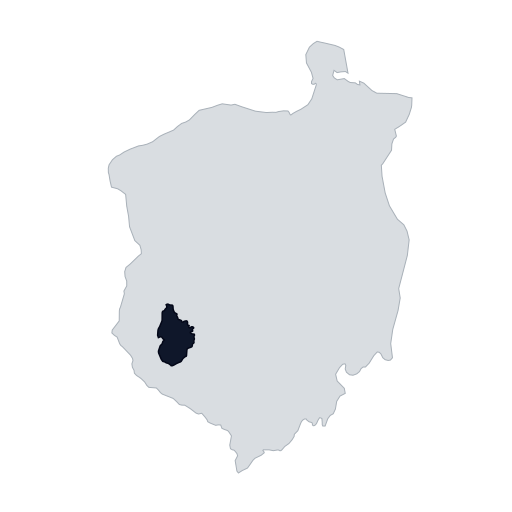 Salaj highlighted on a map of Romania, rotated 273°
{"feature_id": "ROU-300", "entity_name": "Salaj", "entity_type": "County", "adm_level": 1, "iso_a3": "ROU", "parent_name": "Romania", "parent_adm1": "", "projection": "mercator", "projection_center": [23.232, 47.144], "detail": "fine", "context": "in_parent", "style": "filled", "palette": "ink", "viewbox_px": 512, "rotation_deg": 273, "n_neighbors": 0, "source": "natural_earth", "source_scale": "10m", "svg_char_len": 5512}
<svg xmlns="http://www.w3.org/2000/svg" viewBox="0 0 512 512"><g transform="rotate(273 256 256)"><path d="M404.9,293.2L409.8,299.9L415.9,303.5L430.2,307.3L431.4,306.9L431.6,306.2L430.6,305.2L430.4,303.9L431.1,302.4L433.1,302.3L436.3,303.7L442.4,301.7L451.4,296.3L459.7,295.2L467.3,298.4L471.1,302.1L473.6,305.7L472.8,310.0L472.4,312.7L470.4,323.9L469.0,328.1L466.8,332.8L443.4,338.3L444.9,335.7L444.3,331.0L443.4,327.4L445.5,324.2L440.3,323.1L438.0,324.8L436.2,327.9L437.8,334.9L435.2,338.8L434.2,341.0L434.1,346.1L432.6,348.4L432.3,350.8L436.0,350.1L434.3,354.6L427.3,363.1L424.9,368.1L425.5,388.1L422.3,400.0L422.1,403.5L414.6,403.6L412.4,403.4L405.4,401.6L397.5,398.4L392.8,392.3L389.8,387.9L383.1,389.9L381.9,389.3L380.0,387.2L375.0,385.8L368.7,385.8L354.7,377.7L353.2,376.4L342.2,377.7L325.7,381.7L313.1,386.6L300.1,395.3L294.9,402.0L288.8,405.5L280.1,408.1L264.5,407.1L248.4,403.8L231.0,400.2L221.6,402.2L209.0,400.7L189.8,396.4L175.6,395.1L161.5,397.6L159.1,395.7L158.6,393.5L159.2,390.4L161.1,387.9L164.6,386.0L166.3,384.1L166.5,382.1L162.7,378.9L154.9,374.6L151.7,371.8L150.9,371.2L150.7,368.7L149.0,366.8L146.0,365.4L143.6,362.8L142.0,359.1L142.3,355.6L144.7,352.4L147.8,351.0L151.5,351.4L153.0,350.5L152.4,348.2L148.8,345.2L142.1,341.7L135.4,343.6L128.5,351.1L123.5,352.3L120.5,347.2L115.1,344.2L107.3,343.3L102.5,341.4L100.7,338.5L97.3,336.2L89.8,333.9L89.7,331.6L90.9,331.0L93.6,330.8L97.2,330.3L97.7,329.0L97.8,327.9L95.0,326.4L92.1,325.3L90.6,324.3L89.7,323.2L89.5,322.0L90.3,321.2L91.5,321.1L92.6,320.5L93.2,317.7L94.8,315.4L95.9,314.6L95.8,313.0L94.7,311.4L93.1,310.1L90.8,309.2L83.7,306.9L80.0,303.6L77.8,303.5L74.3,301.6L70.6,298.8L67.3,294.7L63.8,292.0L62.9,291.0L62.8,289.9L63.4,288.8L63.4,287.5L62.5,283.5L63.1,279.3L62.9,275.3L62.9,273.5L62.2,273.0L61.6,273.6L60.7,274.3L59.9,274.5L57.3,271.6L54.0,265.6L51.8,263.6L47.4,260.9L43.8,258.6L41.1,253.6L38.4,249.8L40.2,248.2L50.6,245.9L55.5,248.1L57.7,247.3L59.8,245.5L61.0,244.1L61.2,242.6L62.2,240.6L65.8,239.7L75.1,240.9L78.8,238.2L80.2,236.8L81.1,233.6L82.1,231.0L85.4,229.6L85.4,227.2L84.8,224.6L86.8,218.9L88.0,216.5L89.9,215.7L92.2,213.8L96.1,210.1L95.2,206.8L96.0,204.3L100.1,198.4L103.3,192.6L103.2,189.7L103.7,187.2L106.4,184.4L109.4,180.8L113.2,169.6L114.6,167.7L117.1,165.5L119.0,163.4L119.2,155.9L121.0,153.8L124.4,151.4L127.7,147.5L130.5,142.9L132.6,140.7L135.4,140.2L138.4,138.4L141.8,137.7L145.1,138.6L147.2,138.1L150.4,135.9L158.4,127.4L159.6,125.7L161.2,124.5L167.7,121.6L169.4,118.7L171.6,116.1L174.5,116.3L184.0,122.8L194.1,122.4L196.0,122.6L196.6,122.8L197.8,123.3L211.3,126.5L213.4,126.1L214.0,125.9L219.4,128.5L224.2,128.2L228.7,126.3L233.5,125.7L237.8,126.8L241.2,130.6L249.7,138.5L252.3,141.4L256.2,141.0L260.6,139.5L265.0,134.2L278.6,128.2L288.9,126.7L299.0,124.3L310.7,122.6L314.1,117.7L315.9,114.3L317.2,108.1L323.5,106.3L329.5,105.0L331.7,104.2L336.0,103.9L339.4,104.5L344.6,107.6L348.3,111.4L349.7,114.5L352.9,118.8L356.2,124.9L359.8,133.0L360.6,137.0L362.0,141.4L364.7,146.8L369.8,152.7L370.6,153.8L372.9,157.9L377.4,167.1L381.2,170.8L384.5,174.8L386.1,178.8L388.4,182.4L394.0,187.3L398.5,191.6L402.1,204.2L404.6,209.9L406.2,214.3L405.4,223.2L406.4,227.0L404.3,233.9L400.6,247.8L399.8,258.8L400.4,264.7L400.5,268.5L401.4,270.9L402.4,275.9L402.5,280.3L401.2,281.5L399.3,282.5L398.6,283.4L400.3,285.4L402.6,289.0L404.9,293.2Z" fill="#d9dde1" stroke="#a8b0b8" stroke-width="1"/><path d="M202.6,168.8L203.3,169.8L203.3,170.3L203.3,170.8L203.0,171.4L202.7,172.2L202.5,173.5L202.6,174.8L202.2,175.4L201.5,175.7L198.8,176.0L197.3,176.5L195.7,177.3L194.9,178.2L194.5,179.0L194.2,179.8L193.8,180.1L193.4,180.1L192.9,179.9L192.4,179.9L191.8,180.1L190.8,180.8L188.7,181.6L188.5,182.0L188.4,182.6L188.3,183.2L188.0,183.8L187.7,184.6L187.6,184.9L187.3,185.1L186.4,185.4L186.1,185.7L186.1,186.2L186.2,186.6L186.9,187.4L187.1,187.9L187.5,189.3L187.6,189.9L187.4,190.5L186.9,190.9L186.2,191.1L185.6,191.2L184.6,191.1L184.1,191.2L183.5,191.5L183.3,191.9L183.1,192.8L182.9,192.9L182.1,192.6L181.6,192.6L181.0,192.9L180.8,193.4L180.9,194.0L181.3,194.5L181.8,195.0L182.0,195.6L182.0,196.2L181.6,197.2L181.2,197.5L180.8,197.5L180.4,197.2L180.1,196.8L179.8,196.5L179.5,196.3L179.0,196.3L178.0,196.7L177.6,196.6L177.3,196.2L177.1,195.2L176.8,194.7L176.4,194.4L175.8,194.5L175.5,195.0L174.9,196.2L174.8,196.7L174.7,197.3L174.8,197.8L174.7,198.4L174.3,198.6L173.7,198.7L172.6,198.3L172.1,198.2L171.5,198.3L170.6,198.7L169.8,198.8L169.1,198.6L168.6,198.4L168.1,198.4L167.5,198.4L166.5,198.6L166.1,198.5L165.7,198.3L165.5,198.0L165.3,197.6L164.9,197.3L164.5,197.2L162.8,197.0L162.2,196.8L161.7,196.2L161.3,195.3L160.5,193.3L160.1,192.7L159.7,192.3L159.2,192.0L158.4,191.9L152.9,191.8L152.3,191.6L151.6,190.3L149.8,188.4L146.9,186.8L146.4,186.2L146.1,185.7L145.9,185.1L144.6,182.5L142.6,179.4L142.0,178.0L142.0,177.0L142.4,176.7L142.8,176.2L143.9,174.5L144.2,173.9L144.3,173.4L144.4,172.9L144.5,172.3L144.7,171.7L145.2,170.9L145.5,170.3L145.9,168.4L147.9,166.8L153.9,163.9L155.2,163.6L156.1,163.6L161.2,165.0L161.8,165.4L162.9,166.5L163.6,166.9L165.5,167.4L166.0,167.6L166.8,168.5L167.3,168.9L167.6,168.8L167.8,168.5L168.0,168.0L168.3,167.6L170.1,166.1L170.3,165.7L170.4,165.2L170.3,164.7L169.9,163.8L169.4,162.8L171.7,161.9L176.5,162.0L177.7,162.2L178.6,162.5L180.5,163.5L186.2,165.5L187.3,165.6L194.4,165.3L195.4,165.5L196.0,165.9L196.2,166.4L196.4,166.9L196.8,167.5L197.8,167.9L198.3,168.2L198.7,168.6L199.1,169.0L199.7,169.4L200.3,169.6L200.9,169.5L201.4,169.4L202.6,168.8Z" fill="#0f172a" stroke="#020617" stroke-width="1.5"/></g></svg>